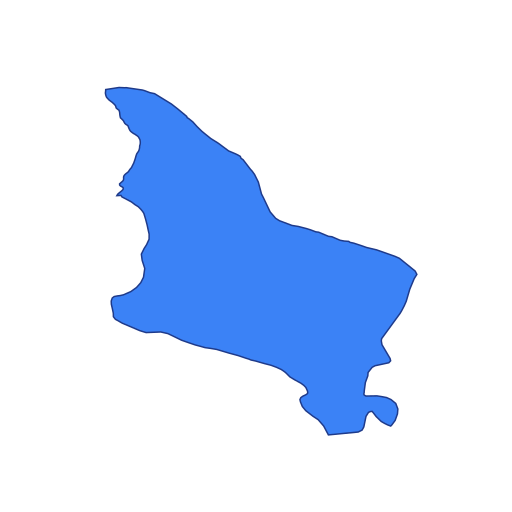 El Tumbador, San Marcos, Guatemala, rotated 257°
{"feature_id": "79465075B55604290540821", "entity_name": "El Tumbador", "entity_type": "district", "adm_level": 2, "iso_a3": "GTM", "parent_name": "Guatemala", "parent_adm1": "San Marcos", "projection": "natural_earth1", "projection_center": [-91.93, 14.845], "detail": "fine", "context": "isolated", "style": "filled", "palette": "blue", "viewbox_px": 512, "rotation_deg": 257, "n_neighbors": 0, "source": "geoboundaries", "source_scale": "gbopen_adm2", "svg_char_len": 3401}
<svg xmlns="http://www.w3.org/2000/svg" viewBox="0 0 512 512"><g transform="rotate(257 256 256)"><path d="M60.0,349.0L60.9,350.4L64.5,354.6L70.3,358.3L75.0,359.8L80.9,359.0L85.8,355.2L88.7,351.4L90.7,346.9L92.5,342.4L94.8,331.7L95.4,330.9L96.5,330.0L97.5,330.1L98.4,330.6L100.1,331.1L108.1,334.1L114.1,338.0L117.3,339.0L121.4,344.1L122.3,347.3L122.1,361.4L123.6,363.6L126.0,363.6L141.2,358.8L145.1,359.0L147.2,359.8L167.8,383.6L169.9,385.6L174.1,389.2L178.1,392.2L189.1,398.4L198.3,405.0L201.9,408.6L205.5,407.7L216.4,399.2L221.5,395.2L224.5,391.2L229.9,382.7L230.8,381.3L234.9,374.8L239.4,365.7L242.2,361.3L246.5,354.2L248.2,350.6L249.4,349.6L250.7,345.4L252.4,341.5L257.7,334.3L258.9,331.0L265.1,322.4L266.1,319.7L269.3,314.9L271.4,311.3L275.3,303.8L277.7,297.9L285.1,286.8L288.3,283.6L295.8,279.7L310.8,276.4L315.2,275.3L327.5,274.9L335.9,272.9L337.0,272.4L339.2,271.5L340.4,270.9L341.5,270.2L352.7,265.1L354.6,263.4L356.6,263.1L358.5,261.1L360.1,259.1L364.6,252.9L374.3,244.7L380.6,238.4L386.2,234.0L389.7,231.3L395.3,227.7L400.9,224.6L405.2,221.2L406.3,220.0L407.6,219.9L416.8,212.9L423.1,207.8L437.0,193.7L439.0,189.4L442.2,184.6L443.3,182.6L449.3,167.2L449.4,166.2L451.0,160.5L452.0,147.0L450.6,146.6L449.5,146.2L448.7,145.9L446.9,145.8L445.6,145.9L444.7,146.0L443.5,146.5L441.6,147.6L440.8,148.1L439.8,149.0L438.8,149.8L437.9,150.6L436.6,151.4L435.8,152.0L434.1,152.9L432.8,153.0L431.6,153.1L430.5,153.9L428.8,155.3L427.5,155.4L426.5,155.4L424.2,155.1L423.0,155.0L421.1,155.0L420.0,155.8L418.4,156.8L417.4,157.3L416.1,157.6L414.8,158.0L413.7,158.7L412.7,159.7L411.8,160.5L409.0,160.9L407.1,161.3L405.7,161.9L404.3,163.0L402.9,164.2L402.0,165.3L401.1,166.1L399.7,167.4L398.9,168.0L398.0,168.4L396.8,168.7L395.8,169.0L394.9,169.1L393.1,168.9L391.2,168.4L389.4,167.4L387.6,166.9L386.1,166.2L384.7,165.3L383.6,164.1L382.4,162.8L380.7,161.7L377.6,160.0L374.1,157.8L371.7,155.8L370.2,154.6L368.9,152.8L368.0,151.8L366.9,150.7L366.3,149.6L365.7,148.3L365.3,147.4L364.4,146.0L363.5,145.1L362.6,144.7L361.1,144.4L360.0,144.0L359.3,143.4L358.6,142.3L358.1,141.3L357.6,140.4L357.0,139.3L355.8,139.1L354.7,139.7L353.7,140.8L352.7,141.8L351.9,141.9L350.7,141.4L349.7,139.8L349.2,138.8L348.4,137.1L347.3,135.1L346.1,134.0L345.4,138.1L343.8,138.6L336.8,146.7L333.3,149.6L330.5,152.4L327.6,154.2L325.0,155.5L322.8,156.3L317.1,156.7L311.0,156.9L305.3,156.8L301.4,156.8L296.4,155.6L291.6,151.9L288.5,148.7L283.6,144.7L277.3,144.1L268.9,144.8L260.6,141.6L255.9,137.7L252.2,132.5L249.5,126.1L248.0,118.1L248.0,116.8L248.0,114.6L248.3,111.9L248.4,108.7L247.4,106.5L244.7,104.8L241.5,104.2L237.2,104.2L232.4,104.1L228.9,103.4L225.9,104.8L224.5,106.4L220.6,110.6L209.4,126.0L208.0,128.4L206.1,131.7L203.4,146.1L200.2,152.7L197.5,156.1L194.6,159.7L190.7,164.5L186.9,170.5L183.0,176.8L180.3,181.9L178.2,185.7L176.3,190.7L173.8,196.7L170.0,203.4L167.5,207.8L163.0,216.2L158.5,223.5L157.2,225.8L155.8,227.7L153.8,231.9L149.3,240.0L146.2,246.0L142.9,251.0L139.8,255.0L137.8,256.9L135.9,258.5L130.5,261.9L126.6,265.9L122.0,271.1L119.2,273.5L116.7,275.0L112.8,275.8L110.9,275.6L110.0,274.5L109.5,273.0L108.9,270.1L107.9,267.8L106.2,266.5L103.8,266.5L98.9,267.3L94.1,269.7L87.0,275.5L82.5,279.8L75.1,283.7L65.4,286.3L61.5,316.0L62.5,320.2L65.2,322.6L75.0,327.1L78.3,330.4L78.7,332.3L78.5,334.2L76.7,335.1L72.5,337.0L66.6,340.8L64.0,343.6L61.8,346.3L60.0,349.0Z" fill="#3b82f6" stroke="#1e3a8a" stroke-width="1.5"/></g></svg>